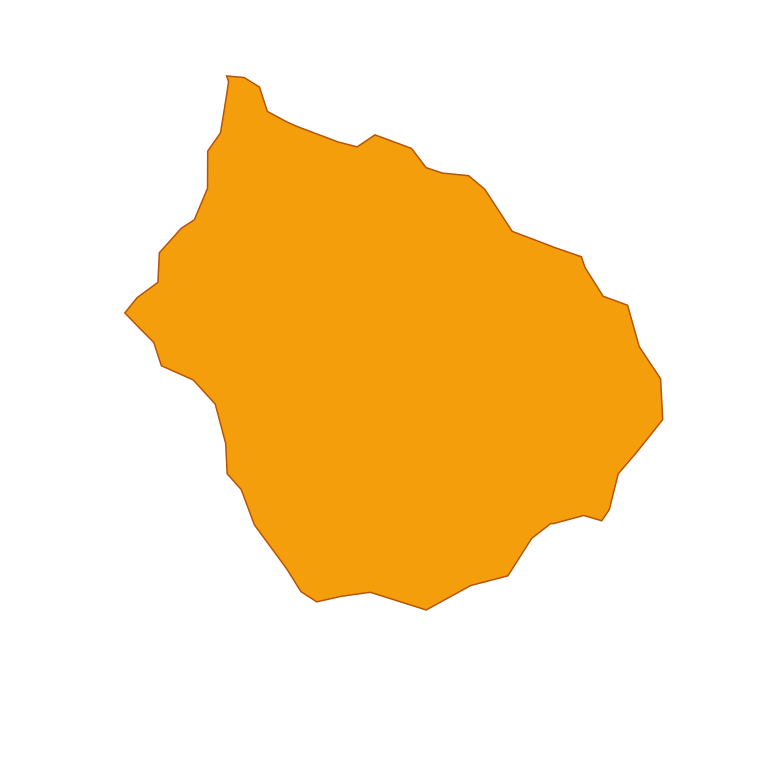 Kato Kivides, Limassol, Cyprus (Natural Earth projection), rotated 204°
{"feature_id": "46923920B9488855208630", "entity_name": "Kato Kivides", "entity_type": "district", "adm_level": 2, "iso_a3": "CYP", "parent_name": "Cyprus", "parent_adm1": "Limassol", "projection": "natural_earth1", "projection_center": [32.873, 34.766], "detail": "fine", "context": "isolated", "style": "filled", "palette": "amber", "viewbox_px": 768, "rotation_deg": 204, "n_neighbors": 0, "source": "geoboundaries", "source_scale": "gbopen_adm2", "svg_char_len": 891}
<svg xmlns="http://www.w3.org/2000/svg" viewBox="0 0 768 768"><g transform="rotate(204 384 384)"><path d="M356.9,157.6L337.1,172.4L312.0,188.1L253.6,194.7L222.8,235.2L192.8,259.2L186.3,303.0L174.9,324.4L172.5,325.3L148.1,345.1L129.5,347.6L127.1,360.8L133.5,397.2L125.4,424.4L114.9,464.9L133.5,501.3L166.0,521.9L193.5,555.0L219.5,553.3L247.9,572.3L255.4,580.5L283.6,578.1L329.0,575.6L371.2,602.9L391.4,608.7L416.6,600.4L433.6,598.8L454.7,610.4L493.6,607.9L505.0,589.7L524.5,586.4L568.3,583.9L579.6,583.9L601.5,585.6L618.5,604.6L636.4,607.1L653.1,601.4L649.0,597.0L645.5,584.6L635.5,546.9L639.8,525.1L624.8,490.9L624.1,456.8L632.6,443.7L642.6,412.5L631.9,384.9L644.7,362.4L649.7,343.5L629.8,335.5L611.2,328.3L594.8,310.1L559.9,310.1L530.0,297.0L504.3,265.1L490.8,238.2L471.5,229.5L445.1,202.6L398.1,175.8L375.3,160.5L356.9,157.6Z" fill="#f59e0b" stroke="#b45309" stroke-width="1.5"/></g></svg>